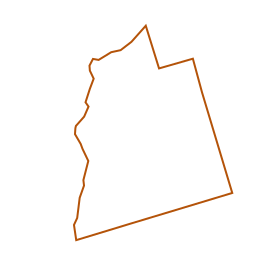 the district of Peoria, Illinois, United States of America, rotated 163°
{"feature_id": "52423323B20923999353099", "entity_name": "Peoria", "entity_type": "district", "adm_level": 2, "iso_a3": "USA", "parent_name": "United States of America", "parent_adm1": "Illinois", "projection": "albers", "projection_center": [-89.674, 40.744], "detail": "fine", "context": "isolated", "style": "outline", "palette": "amber", "viewbox_px": 256, "rotation_deg": 163, "n_neighbors": 0, "source": "geoboundaries", "source_scale": "gbopen_adm2", "svg_char_len": 535}
<svg xmlns="http://www.w3.org/2000/svg" viewBox="0 0 256 256"><g transform="rotate(163 128 128)"><path d="M46.8,140.6L45.7,175.3L80.9,175.9L81.1,220.6L99.5,209.4L112.3,204.6L121.9,205.4L136.2,201.7L141.3,204.3L146.6,198.9L147.7,194.0L146.4,185.2L153.1,176.5L161.1,165.0L159.5,160.0L166.6,151.7L177.2,145.2L178.2,143.5L178.4,143.1L180.5,137.6L177.9,126.6L177.6,121.4L175.6,108.1L185.9,91.2L186.9,85.8L194.6,75.4L202.9,56.8L208.0,51.1L210.3,35.9L152.4,35.8L47.3,35.4L46.8,140.6Z" fill="none" stroke="#b45309" stroke-width="2"/></g></svg>